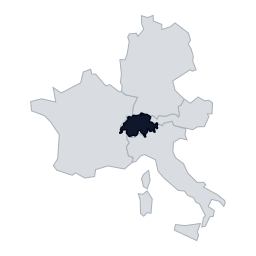 map of Switzerland with France, Austria, Germany and Italy greyed out
{"feature_id": "CHE", "entity_name": "Switzerland", "entity_type": "country or territory", "adm_level": 0, "iso_a3": "CHE", "parent_name": "Europe", "parent_adm1": "", "projection": "mercator", "projection_center": [8.313, 46.803], "detail": "fine", "context": "with_neighbors", "style": "filled", "palette": "ink", "viewbox_px": 256, "rotation_deg": 0, "n_neighbors": 4, "source": "natural_earth", "source_scale": "50m", "svg_char_len": 5023}
<svg xmlns="http://www.w3.org/2000/svg" viewBox="0 0 256 256"><path d="M121.6,91.5L125.6,94.9L137.7,97.3L133.5,106.0L132.4,115.0L130.1,117.1L126.3,116.0L126.5,119.2L120.4,126.1L120.2,131.7L124.3,129.7L127.2,135.1L126.8,138.5L129.3,143.0L126.4,146.7L128.5,155.9L133.1,157.3L132.1,162.4L124.5,169.0L107.9,165.9L95.6,169.6L94.6,176.5L84.8,178.0L75.3,172.8L72.3,175.3L56.7,170.1L53.4,165.6L57.7,158.6L59.3,134.8L50.6,121.9L44.4,115.6L31.5,110.8L30.7,101.5L41.6,98.8L55.8,102.1L53.1,87.4L61.1,93.0L80.7,82.8L83.2,72.0L90.6,69.2L91.8,74.0L95.8,74.2L105.6,85.7L109.9,84.7L119.2,91.8L121.6,91.5ZM143.2,174.8L148.6,170.4L150.1,180.2L147.3,188.9L143.5,186.6L141.5,179.0L143.2,174.8Z" fill="#d9dde1" stroke="#a8b0b8" stroke-width="1"/><path d="M212.5,102.7L212.0,113.8L207.3,113.8L208.9,116.6L204.5,126.6L197.1,126.9L192.9,129.7L173.8,125.6L172.0,121.3L163.6,123.4L162.6,125.8L149.4,121.4L150.4,116.2L152.9,115.5L157.2,119.0L158.4,115.7L165.8,116.2L171.9,114.0L175.9,114.4L178.5,116.9L179.3,114.8L178.1,106.6L181.1,105.0L184.1,99.1L190.4,103.2L198.1,97.0L204.7,100.9L208.6,100.2L212.5,102.7Z" fill="#d9dde1" stroke="#a8b0b8" stroke-width="1"/><path d="M188.5,33.1L190.5,40.3L188.2,44.1L191.2,49.1L193.3,56.5L192.7,61.2L196.1,69.8L192.3,71.2L190.1,69.7L172.7,81.0L175.1,90.4L184.1,99.1L181.1,105.0L178.1,106.6L179.3,114.8L178.5,116.9L175.9,114.4L171.9,114.0L165.8,116.2L158.4,115.7L157.2,119.0L152.9,115.5L150.4,116.2L141.3,112.4L139.6,115.1L132.4,115.0L133.5,106.0L137.7,97.3L125.6,94.9L121.6,91.5L122.1,85.8L120.4,82.8L121.4,73.9L119.9,59.7L125.0,59.7L127.1,54.5L129.2,41.8L127.7,37.0L129.3,34.0L136.4,33.2L137.9,36.4L143.7,29.3L141.7,23.9L141.4,15.7L147.7,17.6L153.1,15.4L153.3,21.0L161.8,24.4L161.7,29.5L170.3,26.8L175.0,22.9L188.5,33.1Z" fill="#d9dde1" stroke="#a8b0b8" stroke-width="1"/><path d="M157.5,124.0L162.6,125.8L163.6,123.4L172.0,121.3L173.8,125.6L185.9,128.8L185.0,134.8L187.0,139.9L180.3,138.2L173.4,142.4L172.9,151.8L175.6,157.8L183.5,163.7L187.8,173.2L197.2,182.4L203.8,182.4L205.8,184.9L203.5,187.1L217.2,194.6L224.5,200.4L225.3,202.4L223.8,206.4L219.1,201.2L211.7,199.4L208.2,206.5L214.3,210.6L213.3,216.3L209.8,216.9L205.3,226.2L201.7,227.0L203.5,217.9L205.3,215.6L199.5,203.8L196.0,202.4L193.5,197.6L188.0,195.6L184.4,191.1L178.2,190.4L163.8,177.9L158.1,171.3L155.5,159.8L144.4,154.5L140.5,156.1L135.7,161.6L132.1,162.4L133.1,157.3L128.5,155.9L126.4,146.7L129.3,143.0L126.8,138.5L127.2,135.1L130.8,137.7L134.9,137.1L139.6,133.0L141.0,134.9L145.1,134.5L146.9,129.6L153.1,131.1L156.9,129.1L157.5,124.0ZM185.3,225.6L200.4,223.5L197.3,231.9L198.6,235.2L196.8,240.6L174.3,230.1L175.5,224.6L185.3,225.6ZM142.9,194.3L147.1,190.8L152.2,198.8L151.0,213.3L147.2,212.6L143.7,216.2L140.5,213.4L140.2,200.1L138.3,193.7L142.9,194.3Z" fill="#d9dde1" stroke="#a8b0b8" stroke-width="1"/><path d="M149.8,116.2L150.0,116.4L150.6,116.9L150.5,117.9L149.8,119.4L149.4,120.6L149.4,121.5L149.5,122.0L149.6,121.9L150.2,122.0L150.6,122.0L151.6,122.3L152.5,122.6L152.6,123.0L152.8,123.5L153.8,124.1L154.9,124.6L155.3,124.4L156.7,122.9L157.3,123.2L157.6,124.0L157.6,124.4L157.2,126.0L157.1,126.9L157.5,127.4L157.5,127.9L157.4,128.3L156.8,128.3L156.1,128.1L155.4,127.4L154.9,127.5L154.5,127.7L154.3,128.3L154.1,129.1L154.2,129.5L154.5,129.8L154.7,130.6L154.9,131.5L155.0,131.9L154.9,132.1L154.5,132.2L154.1,132.1L153.5,131.0L153.3,130.6L152.8,130.5L152.0,130.8L150.7,131.4L150.2,131.4L149.8,131.2L149.4,130.7L149.1,129.7L149.0,129.1L148.7,129.1L147.9,128.9L147.5,129.2L147.5,130.2L147.5,131.5L147.1,132.3L145.9,133.7L145.5,134.4L145.4,134.8L145.3,135.2L145.5,135.9L145.7,136.5L145.5,136.9L145.0,137.0L144.5,136.7L144.4,136.0L143.5,135.0L143.9,134.2L142.3,133.6L141.7,133.0L140.8,132.0L140.6,131.5L140.6,130.1L140.6,129.7L140.0,129.6L139.4,130.1L138.9,130.8L137.7,131.7L137.6,131.9L138.0,132.7L138.0,133.0L137.0,134.3L136.9,134.8L135.7,135.6L135.1,135.9L133.5,135.3L133.0,135.2L132.3,135.7L131.2,136.0L129.6,136.4L128.9,136.1L128.7,135.9L128.5,135.5L128.1,134.8L127.6,134.4L127.3,133.9L126.8,133.4L126.5,133.0L126.9,131.6L126.7,131.2L126.5,130.5L126.6,130.0L126.4,129.9L124.9,129.6L123.7,129.7L122.8,130.2L122.0,130.9L121.9,131.1L122.0,131.2L122.3,131.9L121.7,132.6L120.8,133.2L120.1,133.2L119.8,133.1L119.8,132.4L120.3,132.1L120.8,131.6L121.0,130.9L121.1,130.4L120.5,129.8L120.6,129.4L120.9,128.7L121.1,128.1L121.4,127.5L122.4,126.6L123.5,125.7L123.7,124.8L123.7,123.6L123.9,123.4L125.3,122.7L125.7,122.4L125.8,122.0L127.0,120.7L128.1,119.4L128.3,119.0L128.5,118.7L128.3,118.3L127.8,118.2L127.6,117.8L128.2,117.1L128.9,116.6L129.6,116.6L129.9,116.8L129.9,117.1L130.2,117.3L130.7,117.4L131.4,117.3L132.0,117.1L132.4,116.4L132.6,115.9L133.7,115.3L134.4,115.6L136.3,115.7L137.7,115.6L138.6,115.2L139.7,115.2L140.4,115.4L140.5,115.4L140.9,115.1L141.6,115.0L141.7,114.8L141.7,114.6L140.7,114.6L140.4,114.5L140.3,114.2L140.6,113.6L141.2,113.2L141.7,113.1L142.1,113.2L143.1,114.0L143.3,114.0L143.4,113.9L143.6,113.8L143.9,114.0L144.3,114.5L146.4,114.4L146.9,114.4L148.3,115.3L149.8,116.2Z" fill="#0f172a" stroke="#020617" stroke-width="1.5"/></svg>